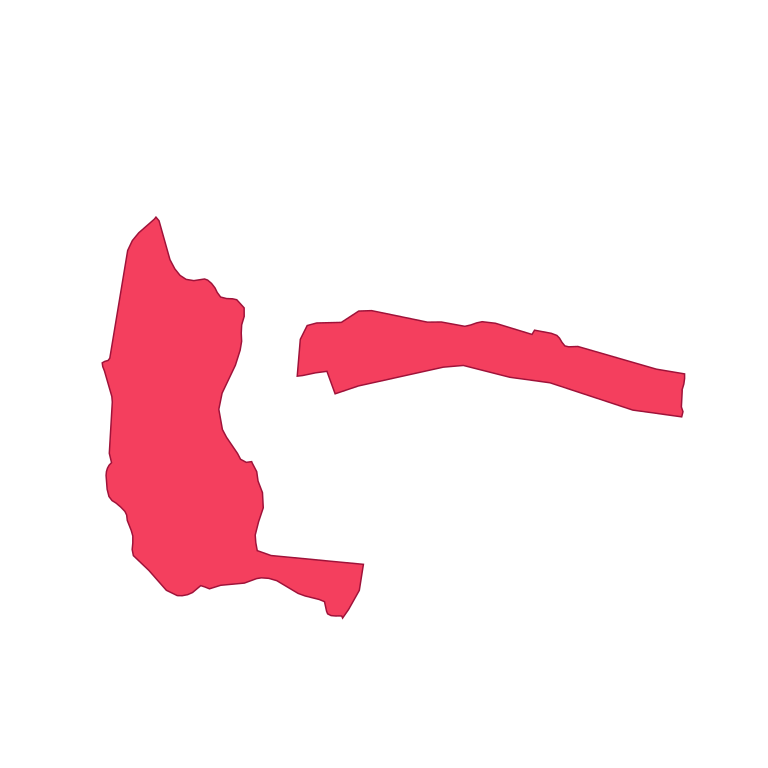 Sarangani, Mercator projection, rotated 166°
{"feature_id": "PHL-2598", "entity_name": "Sarangani", "entity_type": "Province", "adm_level": 1, "iso_a3": "PHL", "parent_name": "Philippines", "parent_adm1": "", "projection": "mercator", "projection_center": [125.149, 6.009], "detail": "fine", "context": "isolated", "style": "filled", "palette": "rose", "viewbox_px": 768, "rotation_deg": 166, "n_neighbors": 0, "source": "natural_earth", "source_scale": "10m", "svg_char_len": 1931}
<svg xmlns="http://www.w3.org/2000/svg" viewBox="0 0 768 768"><g transform="rotate(166 384 384)"><path d="M564.9,601.1L562.8,596.8L561.6,556.4L559.1,546.3L555.6,538.7L550.7,533.4L543.5,530.3L532.7,529.3L530.0,527.5L527.0,523.3L524.7,518.0L523.7,513.2L521.5,507.9L516.1,505.0L510.3,503.3L506.5,501.4L501.3,491.7L503.3,483.4L507.8,475.8L510.2,467.9L511.8,459.9L515.4,451.6L523.7,438.1L543.3,414.3L550.4,399.4L551.8,378.9L549.7,370.4L542.9,351.9L541.4,345.7L536.6,341.3L531.2,340.7L531.0,339.2L528.7,329.7L529.7,320.3L528.2,308.0L531.1,293.1L539.0,280.7L545.5,268.6L546.8,261.0L547.3,253.0L535.1,244.9L479.1,225.1L447.6,214.0L457.9,189.7L472.9,173.8L480.8,166.9L481.1,169.0L483.0,169.7L487.0,170.6L491.4,172.1L494.3,174.6L494.7,177.4L494.4,187.2L499.0,190.6L511.8,197.4L518.0,201.6L535.6,219.1L542.8,223.3L549.9,225.6L554.7,226.0L567.6,224.6L591.1,228.2L602.9,227.5L606.9,230.4L610.6,232.7L620.2,228.0L625.5,227.1L631.0,227.4L635.8,228.7L645.1,236.5L657.3,260.1L668.7,278.1L668.4,284.3L666.2,290.5L664.5,297.3L664.7,303.1L666.1,313.7L665.4,319.1L666.2,323.0L669.3,328.4L673.0,333.5L676.1,336.7L678.1,341.4L678.1,348.9L675.8,362.5L674.5,366.2L672.7,369.2L670.4,371.7L667.4,373.6L667.3,383.2L652.0,432.2L651.1,437.7L652.1,464.4L652.7,468.9L652.3,472.7L649.5,473.5L646.0,473.6L643.8,475.4L600.4,575.6L593.6,583.9L593.0,584.4L585.3,590.1L567.0,599.5L564.9,601.1ZM466.3,412.6L454.4,447.6L444.4,459.3L434.6,459.5L410.5,454.1L390.9,460.9L378.3,458.2L326.9,433.5L313.4,430.3L291.6,420.4L285.6,420.3L279.3,420.9L273.7,420.7L261.2,416.0L228.4,396.3L224.9,399.8L209.4,392.7L204.5,389.3L202.6,386.0L201.2,381.3L199.3,377.2L195.8,375.4L186.8,373.5L116.1,332.5L89.9,321.1L91.0,316.6L93.1,311.4L96.3,306.0L96.2,305.6L101.0,289.8L100.6,284.8L103.1,280.1L148.9,298.5L222.6,345.0L260.3,360.1L302.5,382.8L322.4,386.0L409.4,388.3L433.8,386.3L436.3,410.1L447.7,411.4L460.9,411.9L466.3,412.6Z" fill="#f43f5e" stroke="#9f1239" stroke-width="1.5"/></g></svg>